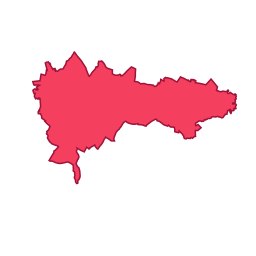 the district of Ricaurte (Coloso), Sucre, Colombia, rotated 101°
{"feature_id": "7082276B22161740589779", "entity_name": "Ricaurte (Coloso)", "entity_type": "district", "adm_level": 2, "iso_a3": "COL", "parent_name": "Colombia", "parent_adm1": "Sucre", "projection": "albers", "projection_center": [-75.366, 9.541], "detail": "fine", "context": "isolated", "style": "filled", "palette": "rose", "viewbox_px": 256, "rotation_deg": 101, "n_neighbors": 0, "source": "geoboundaries", "source_scale": "gbopen_adm2", "svg_char_len": 5722}
<svg xmlns="http://www.w3.org/2000/svg" viewBox="0 0 256 256"><g transform="rotate(101 128 128)"><path d="M99.5,36.7L97.9,36.1L97.6,35.7L96.0,35.1L95.7,34.6L95.6,33.5L94.6,33.6L91.7,33.3L91.5,33.1L91.6,32.0L90.2,31.4L90.3,31.0L91.2,31.3L92.2,31.2L93.1,30.8L94.0,30.0L94.1,29.8L93.6,29.5L92.8,29.5L91.4,29.9L90.8,27.6L90.5,27.4L90.2,27.4L89.0,27.8L88.6,27.6L88.8,26.7L88.5,25.8L88.1,25.7L87.1,26.7L85.1,26.1L84.7,26.1L84.3,26.3L84.0,26.7L83.7,27.5L84.4,29.3L84.4,29.8L84.2,30.0L83.8,30.0L83.5,29.9L82.9,28.2L82.2,27.6L81.9,27.5L81.1,27.7L80.0,28.4L79.7,28.3L79.0,27.4L78.4,27.5L77.8,28.1L76.3,27.8L76.0,28.0L75.7,28.8L75.4,29.0L75.0,28.2L74.8,28.2L74.1,29.4L74.9,30.1L75.0,30.4L75.0,30.9L74.2,33.1L73.5,34.2L73.7,34.6L74.8,35.5L75.0,36.0L74.9,36.6L74.7,36.9L73.9,37.2L72.7,36.4L72.3,36.3L71.7,37.1L72.9,37.8L73.6,38.7L73.7,41.9L74.7,43.8L74.6,45.7L74.5,46.9L74.3,46.9L74.2,48.3L70.6,48.0L64.1,55.8L70.7,59.8L70.5,66.1L70.7,70.4L68.8,70.4L68.8,71.8L68.3,71.8L68.5,72.3L68.4,72.6L68.1,72.5L68.0,73.0L68.4,73.2L68.1,74.4L68.5,74.6L68.4,75.4L69.4,75.6L69.4,75.3L70.0,75.4L70.3,75.3L70.7,75.7L70.7,75.9L70.1,77.5L69.7,77.5L69.4,77.8L69.5,78.2L69.9,78.4L68.5,83.0L68.3,84.4L67.8,86.2L73.4,88.6L73.4,89.2L71.3,95.2L71.5,96.0L71.3,97.1L71.2,98.8L71.5,99.7L71.2,100.9L72.6,102.1L75.1,101.7L74.0,105.1L76.2,105.0L77.6,105.5L78.5,105.5L78.6,106.3L78.0,106.9L79.1,107.0L79.7,107.5L80.5,107.5L81.5,108.5L82.2,109.8L81.0,111.7L81.3,112.1L81.2,114.3L81.6,116.7L81.5,119.1L81.2,120.4L81.4,121.4L81.7,121.8L81.7,122.7L82.2,124.1L81.0,126.5L80.9,127.5L81.0,130.5L75.6,130.7L73.0,131.2L68.6,131.8L68.2,133.1L67.4,136.3L72.1,139.8L75.2,141.7L77.7,143.6L78.2,145.0L77.1,145.3L76.8,146.2L77.6,147.1L78.0,148.2L78.4,149.4L78.5,150.8L78.3,152.2L77.7,153.7L73.9,154.4L73.4,158.8L73.1,160.0L72.6,161.0L72.4,161.3L69.8,163.3L68.4,164.8L67.2,166.6L67.8,167.6L68.2,169.5L70.6,169.6L71.4,169.2L72.2,169.2L73.8,169.5L74.2,169.9L73.9,170.5L74.2,171.1L74.6,171.3L75.7,171.1L80.6,174.0L83.1,174.9L84.6,176.0L83.5,177.0L79.9,179.3L77.9,180.5L77.2,180.7L70.9,186.7L66.6,192.0L63.9,194.8L63.7,195.2L63.9,195.4L65.5,195.7L67.1,196.5L68.9,197.0L70.2,197.8L71.1,198.7L72.3,199.1L73.1,199.6L73.7,200.4L74.0,201.1L76.6,201.2L77.7,201.4L79.3,202.1L82.1,202.9L82.8,203.9L82.9,205.2L83.1,205.6L84.0,206.7L85.7,207.8L85.7,209.2L86.2,209.8L85.2,211.0L84.6,210.2L83.5,211.0L84.0,212.5L84.7,213.0L80.3,216.9L80.1,216.6L80.0,216.8L79.8,216.6L79.3,217.1L79.7,217.5L78.4,218.8L78.6,218.9L78.8,220.3L79.0,220.7L79.6,221.0L80.0,221.6L86.8,218.3L86.8,219.2L87.9,219.0L90.6,219.0L92.1,219.5L91.7,223.1L91.8,223.6L98.4,223.4L100.6,230.3L103.5,228.8L103.8,228.4L103.8,228.0L102.9,224.6L102.9,223.0L105.3,225.7L107.4,223.6L107.8,223.9L107.6,224.7L108.1,225.6L107.9,225.8L107.3,225.9L107.5,227.1L108.2,227.9L109.1,228.5L109.6,228.4L109.9,228.1L111.4,227.4L112.5,226.5L112.0,225.8L114.7,226.0L117.0,224.3L116.2,223.2L116.8,222.1L116.4,221.7L115.8,221.5L115.5,221.2L116.5,220.7L116.1,219.9L123.6,217.9L127.3,218.4L127.5,218.9L127.8,218.9L128.3,218.2L129.2,219.3L129.6,219.3L130.5,218.8L131.0,218.8L131.0,217.7L130.6,216.9L132.4,215.3L134.9,214.4L136.6,210.5L137.2,211.0L139.4,208.0L141.1,204.9L145.0,205.6L146.9,207.1L147.9,206.6L148.9,206.9L149.3,206.9L149.5,206.6L149.7,206.0L150.0,205.6L151.1,205.0L152.1,205.0L152.6,205.3L153.4,205.0L155.9,202.8L156.7,201.9L157.1,201.1L158.1,199.6L158.8,195.6L158.8,194.6L159.6,192.7L161.6,193.8L162.7,194.6L163.6,194.9L164.5,196.2L164.9,196.3L165.5,196.1L167.2,196.3L167.6,196.6L175.0,199.3L175.3,198.5L175.4,197.8L175.0,196.5L175.0,195.8L175.8,192.4L176.0,189.1L175.6,187.3L175.0,185.7L173.8,182.8L173.3,182.0L172.9,180.5L173.1,179.1L173.8,176.9L174.6,175.2L174.9,174.8L176.5,174.3L177.6,174.2L178.3,173.8L180.5,173.6L180.8,173.3L181.2,172.3L182.0,171.8L183.8,171.5L184.9,171.0L185.6,171.0L186.3,171.3L187.1,171.1L187.7,170.8L188.9,169.7L189.9,169.5L190.8,169.2L191.9,168.3L192.3,167.7L191.9,167.0L191.6,166.7L189.9,167.1L188.9,167.1L188.6,167.0L188.4,166.6L187.9,166.3L186.8,166.0L185.8,166.0L185.7,165.8L185.3,165.8L184.0,165.9L179.3,167.2L176.6,168.5L176.2,169.0L175.5,170.2L173.0,172.1L172.7,172.2L168.7,171.4L168.1,171.0L167.0,171.0L166.6,170.6L166.2,170.6L165.6,170.7L164.0,171.4L163.4,171.9L162.7,172.7L161.3,173.9L160.8,174.1L160.2,174.1L157.9,173.7L157.6,173.9L158.9,170.3L159.8,166.4L154.8,164.9L155.6,162.9L156.1,162.3L155.5,161.6L154.8,161.6L154.6,161.5L151.1,157.4L151.7,157.1L152.5,156.5L153.9,154.8L154.3,154.3L154.5,153.6L151.1,152.1L149.0,150.9L147.0,150.0L143.6,149.2L142.0,148.4L141.3,148.3L142.6,144.6L143.8,142.0L143.3,138.8L142.2,139.5L141.0,139.9L139.9,139.8L134.7,138.9L132.2,137.6L131.0,136.5L129.9,136.1L128.3,135.2L124.0,133.6L123.1,133.0L122.1,131.9L121.8,131.5L122.7,129.9L123.2,127.7L123.4,124.8L123.0,121.9L122.0,119.7L121.9,119.2L122.7,118.9L122.2,114.6L122.8,111.0L122.7,110.6L121.3,110.0L116.8,106.0L114.2,102.8L114.0,101.8L114.1,101.6L115.2,101.0L115.4,100.7L115.5,98.3L116.3,97.1L116.7,95.7L117.6,94.4L118.1,93.1L118.6,89.4L117.5,88.8L118.8,86.7L118.9,86.3L118.4,82.8L120.4,81.8L122.6,81.4L122.8,81.2L123.0,77.3L121.9,77.1L121.1,77.2L123.7,73.4L124.4,72.8L125.2,71.9L127.0,71.1L127.4,70.7L127.6,70.4L127.6,69.8L127.5,68.7L126.8,68.4L126.4,64.8L125.3,64.0L125.7,62.6L124.8,62.2L124.2,61.7L123.6,60.7L123.4,60.1L121.6,60.6L117.5,61.4L117.2,59.0L113.8,56.3L111.2,59.9L111.9,60.7L112.8,61.8L111.7,62.5L110.1,62.3L108.9,60.9L108.1,60.3L107.6,59.5L107.3,58.5L107.3,57.5L107.6,56.8L107.2,56.3L106.9,55.1L106.5,54.8L105.9,54.8L105.1,54.5L105.0,54.1L105.3,53.6L105.3,53.2L104.6,52.7L104.1,51.8L103.5,51.5L103.0,49.3L102.5,48.5L102.0,48.1L101.1,47.8L101.0,47.5L100.6,46.2L100.5,44.4L100.4,43.9L99.6,42.7L99.6,41.7L99.9,40.8L99.6,40.2L100.2,37.8L99.5,36.7Z" fill="#f43f5e" stroke="#9f1239" stroke-width="1.5"/></g></svg>